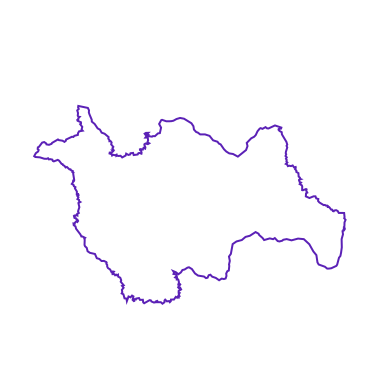 outline of Topaipí, Cundinamarca, Colombia, rotated 159°
{"feature_id": "7082276B13508800069021", "entity_name": "Topaipí", "entity_type": "district", "adm_level": 2, "iso_a3": "COL", "parent_name": "Colombia", "parent_adm1": "Cundinamarca", "projection": "orthographic", "projection_center": [-74.26, 5.35], "detail": "fine", "context": "isolated", "style": "outline", "palette": "violet", "viewbox_px": 384, "rotation_deg": 159, "n_neighbors": 0, "source": "geoboundaries", "source_scale": "gbopen_adm2", "svg_char_len": 6027}
<svg xmlns="http://www.w3.org/2000/svg" viewBox="0 0 384 384"><g transform="rotate(159 192 192)"><path d="M85.5,220.1L90.7,224.4L97.8,223.9L99.1,224.5L100.1,226.2L103.6,225.7L105.0,227.0L106.1,226.9L109.1,225.2L112.1,222.3L114.2,221.3L117.5,220.9L123.3,218.2L123.7,215.0L126.5,211.8L136.5,208.6L140.1,212.8L143.4,214.7L145.5,217.5L146.8,220.4L148.2,226.2L149.5,227.5L150.2,229.8L153.8,232.7L155.5,238.1L159.2,241.1L163.7,242.8L165.3,245.4L166.6,246.5L167.8,249.6L167.1,252.9L167.9,256.4L173.2,263.3L176.6,265.4L180.3,265.7L183.8,265.2L186.2,265.6L190.6,267.2L194.1,270.1L195.0,270.1L198.3,267.3L197.8,263.2L200.9,258.5L202.8,258.9L206.6,257.4L208.5,258.2L209.5,258.0L212.7,259.8L212.0,260.8L213.3,262.2L211.6,262.9L213.8,263.7L215.3,263.4L214.9,261.9L213.6,261.1L216.0,259.5L213.8,258.7L214.5,255.9L215.8,254.4L214.5,252.8L216.1,252.5L218.0,253.9L219.2,253.7L219.6,253.1L219.5,250.4L220.2,249.3L221.4,250.6L222.8,249.2L224.4,250.4L225.3,250.5L225.5,249.9L224.8,248.9L225.0,246.7L225.5,245.9L227.3,247.4L228.2,247.4L229.3,246.5L233.2,247.4L233.0,249.6L235.5,250.2L236.3,249.2L238.1,249.4L239.7,251.4L240.9,249.8L244.8,249.3L245.7,251.4L248.1,252.1L248.7,252.9L249.6,252.8L249.2,253.9L250.5,253.8L252.3,255.0L253.5,254.7L253.4,256.0L255.2,257.5L254.7,258.3L252.8,257.7L251.1,258.3L251.6,259.6L250.2,259.3L250.6,261.4L249.3,262.3L250.4,265.4L249.3,267.1L249.8,268.7L250.9,269.0L250.5,270.3L251.0,271.8L250.2,273.2L252.7,277.7L255.1,279.8L255.6,283.2L257.3,285.2L258.5,290.4L260.3,293.6L259.7,295.5L259.9,301.2L259.8,303.2L258.9,305.1L259.1,307.8L267.3,313.1L268.0,311.9L268.0,310.1L269.9,309.3L270.1,306.6L271.3,304.2L271.1,303.0L270.0,302.4L271.9,301.4L272.2,300.4L273.3,300.3L273.3,299.5L270.7,296.9L271.1,295.7L272.1,295.4L271.1,292.1L272.7,289.9L272.1,288.4L275.7,289.1L277.4,287.7L278.1,286.2L281.7,286.6L283.0,285.9L284.3,286.6L290.7,286.1L291.5,285.0L293.1,284.5L294.5,286.3L297.8,288.2L298.3,289.1L305.0,288.0L305.9,287.3L308.6,287.3L310.8,288.6L310.8,289.7L312.1,291.6L314.2,291.8L318.7,289.0L319.9,288.9L320.7,287.4L320.1,286.2L321.1,285.0L323.9,284.2L326.5,282.0L325.7,280.8L321.5,278.8L318.0,276.0L315.6,275.0L314.3,275.1L313.9,273.7L312.6,273.5L310.8,272.3L310.8,270.9L310.0,270.1L305.8,270.1L304.8,268.8L303.7,265.0L302.8,264.3L302.8,263.4L301.7,262.1L301.2,260.2L299.8,260.2L298.3,257.0L297.3,256.7L297.1,255.6L295.8,254.2L296.5,253.5L295.7,252.6L296.3,251.9L297.7,245.3L298.3,244.6L298.9,245.1L299.8,243.6L301.3,242.6L300.0,240.9L300.2,239.7L299.1,238.3L300.0,237.3L299.3,233.7L300.3,231.4L299.0,230.9L299.0,229.8L300.5,229.5L299.9,227.8L301.5,226.4L300.3,225.1L300.7,223.7L299.9,222.7L302.0,222.4L302.6,218.2L305.3,214.8L305.2,213.0L306.8,212.8L307.4,211.2L308.1,212.1L309.3,211.5L310.2,212.2L310.8,212.0L311.0,209.9L309.8,209.1L309.7,207.8L308.9,207.4L308.7,205.8L309.8,205.1L310.3,205.9L311.0,205.9L312.5,205.2L312.8,204.5L313.9,205.1L314.3,203.4L313.1,201.6L313.4,199.3L311.4,192.4L311.2,190.1L310.4,189.9L308.2,187.5L309.3,187.0L309.2,186.1L311.3,181.1L311.3,179.7L310.3,177.6L310.7,174.1L309.1,171.8L304.8,168.9L304.6,164.3L302.5,162.7L301.2,160.0L298.9,159.2L297.1,157.3L297.0,156.6L297.7,155.7L297.3,154.3L297.9,152.8L297.7,151.1L296.2,149.0L295.9,146.1L294.4,146.2L293.5,145.6L295.4,144.4L295.6,143.8L293.9,143.1L293.6,141.8L292.4,142.0L291.9,141.1L290.7,141.3L291.2,139.4L289.7,137.7L289.7,135.0L290.7,133.8L289.2,129.4L290.9,129.4L290.2,127.1L292.5,125.8L293.0,123.4L294.0,122.5L292.7,121.1L293.1,116.9L291.4,116.0L291.9,113.5L288.7,117.2L287.1,115.7L285.1,116.8L284.1,115.5L286.1,112.6L285.4,111.0L284.9,111.0L284.3,112.7L282.9,111.8L282.3,112.5L279.5,112.0L279.2,109.9L276.5,109.0L277.1,106.4L276.5,105.3L270.3,106.2L269.3,105.6L269.1,104.3L267.2,102.5L266.3,102.2L265.0,102.8L263.5,102.8L263.4,102.3L264.3,101.7L260.6,100.3L259.6,98.3L257.3,98.9L256.5,100.6L255.6,101.1L254.6,98.9L252.5,98.4L252.2,97.1L250.9,97.7L250.2,99.1L247.4,98.1L244.7,99.9L243.8,98.6L242.2,98.2L242.2,98.8L243.1,99.3L242.1,99.9L241.0,99.5L241.0,101.2L239.8,102.1L240.6,102.7L239.9,104.4L237.1,104.9L237.3,106.7L238.5,106.4L239.1,108.0L236.1,109.9L236.3,110.4L237.8,110.7L236.5,112.4L236.2,114.9L236.4,115.5L237.6,115.8L237.1,117.2L238.3,118.3L237.4,118.7L236.6,117.9L236.3,119.4L236.6,120.9L238.6,122.1L237.6,123.2L237.9,124.9L235.8,122.9L234.2,120.1L231.2,120.9L228.9,122.6L226.7,122.3L223.4,123.0L221.8,122.8L219.7,120.1L218.4,114.9L216.3,111.8L211.1,108.8L209.8,106.6L208.2,106.4L206.2,108.3L204.5,108.2L203.5,105.7L200.6,103.3L198.3,99.9L195.3,100.5L193.4,99.3L191.6,99.2L189.9,101.3L189.3,103.6L187.4,105.4L185.8,105.5L183.7,109.6L183.4,111.1L181.4,114.1L180.6,118.5L177.9,120.3L172.7,128.8L168.2,129.9L162.7,129.3L158.1,130.9L153.7,130.4L147.0,131.8L144.8,129.2L144.7,127.8L142.6,123.8L141.9,121.3L136.0,120.8L133.2,118.9L131.2,119.3L129.6,115.5L128.1,114.5L125.2,114.2L123.9,114.7L120.5,114.1L116.4,111.2L109.7,110.5L104.5,107.9L101.2,101.2L100.0,93.0L98.5,88.5L100.1,81.3L99.7,78.9L94.7,74.6L93.3,72.1L91.5,71.4L89.3,70.9L83.7,71.3L82.5,72.2L78.3,78.0L76.4,79.1L74.6,81.9L72.0,86.6L69.2,94.4L66.2,98.4L65.5,101.5L64.0,101.6L62.6,102.7L62.5,103.1L63.4,103.3L62.6,104.1L62.8,104.8L62.0,105.4L60.5,109.0L58.6,111.0L59.3,113.0L58.6,113.8L57.5,117.9L62.5,119.9L62.8,122.1L64.0,123.4L65.7,123.7L66.6,123.2L67.3,123.7L67.5,125.3L68.4,125.7L69.3,128.7L70.6,129.3L70.2,130.3L70.8,131.0L71.7,131.1L72.6,132.3L73.8,132.6L76.9,136.7L77.5,138.5L76.6,140.2L78.3,141.5L78.3,143.7L80.1,144.4L84.5,144.3L87.3,147.1L86.0,149.9L84.6,150.1L84.9,152.3L84.1,153.4L84.5,153.9L87.9,153.9L88.5,154.3L87.1,157.7L87.1,158.9L88.6,160.8L86.9,161.7L87.9,162.6L87.9,164.6L87.6,165.1L85.8,165.0L86.4,165.6L86.1,166.7L86.9,168.2L85.9,171.5L87.4,173.4L86.9,174.6L87.6,176.4L86.5,177.3L86.3,178.2L87.9,178.4L88.5,180.7L90.3,180.7L91.8,181.7L93.2,181.8L93.4,183.7L94.3,184.6L92.4,185.4L92.9,186.7L92.1,188.0L92.4,189.4L91.1,190.4L91.8,192.1L90.5,193.5L90.6,194.6L89.9,195.9L87.1,199.5L87.2,201.2L86.1,202.1L85.9,205.0L87.4,213.6L86.8,215.7L88.4,217.6L88.9,219.1L88.5,219.7L86.1,219.3L85.5,220.1Z" fill="none" stroke="#5b21b6" stroke-width="2"/></g></svg>